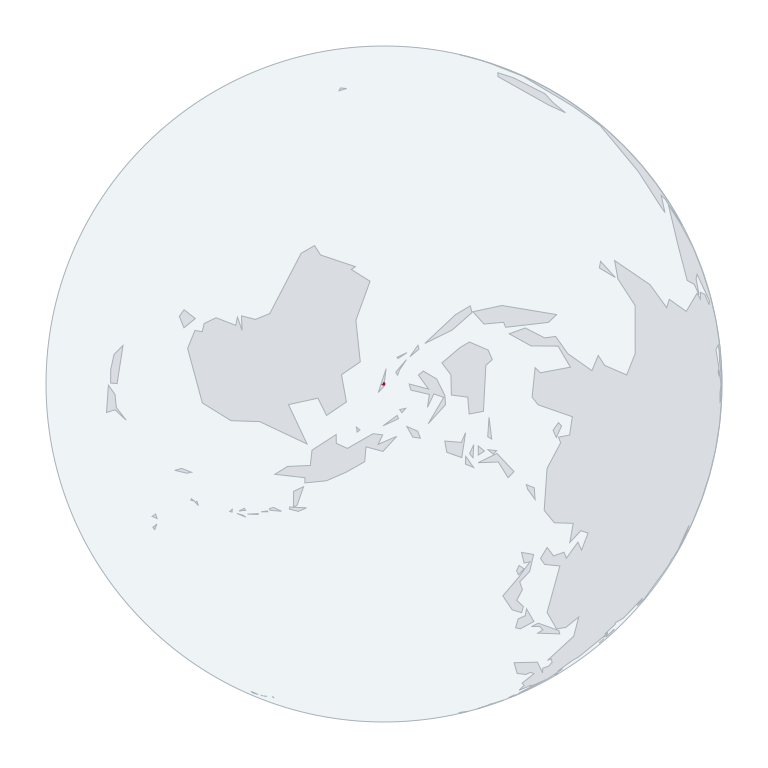 globe centered on Aileu, rotated 134°
{"feature_id": "TLS-544", "entity_name": "Aileu", "entity_type": "District", "adm_level": 1, "iso_a3": "TLS", "parent_name": "East Timor", "parent_adm1": "", "projection": "orthographic", "projection_center": [125.606, -8.71], "detail": "fine", "context": "on_globe", "style": "filled", "palette": "rose", "viewbox_px": 768, "rotation_deg": 134, "n_neighbors": 0, "source": "natural_earth", "source_scale": "10m", "svg_char_len": 7071}
<svg xmlns="http://www.w3.org/2000/svg" viewBox="0 0 768 768"><g transform="rotate(134 384 384)"><circle cx="384" cy="384" r="338" fill="#eef3f6" stroke="#a8b0b8"/><path d="M648.0,447.8L647.7,450.4L647.4,450.6L648.0,447.8ZM565.4,98.9L567.3,100.2L568.4,102.0L560.9,96.1L565.4,98.9ZM553.1,91.5L551.5,90.6L544.6,86.8L539.4,84.3L531.4,80.1L528.4,78.5L553.1,91.5ZM521.2,75.2L520.5,74.9L511.5,71.2L513.3,71.8L521.2,75.2ZM697.5,266.2L694.7,258.8L697.3,263.7L697.5,266.2ZM692.3,254.1L693.4,256.6L692.4,254.5L692.3,254.1ZM691.1,252.5L692.0,253.7L691.3,253.1L691.1,252.5ZM689.8,251.3L690.4,251.6L690.5,251.9L689.8,251.3ZM686.8,247.2L685.9,245.9L686.2,245.5L686.8,247.2ZM540.0,84.7L542.0,85.9L538.5,84.2L540.0,84.7ZM523.0,76.6L516.6,74.0L522.4,76.1L523.0,76.6ZM512.4,72.2L497.1,66.9L500.2,68.7L482.6,61.5L501.5,67.8L508.2,69.9L507.9,70.2L512.4,72.2ZM475.4,58.9L471.1,57.7L474.8,58.7L475.4,58.9ZM269.6,66.0L270.0,65.9L274.4,64.4L278.5,63.0L278.1,63.7L281.3,62.7L282.7,61.9L289.9,59.5L302.6,56.1L301.8,56.5L297.1,57.8L286.1,61.8L273.8,66.1L274.7,66.1L285.2,62.5L298.7,57.4L306.5,55.3L301.3,57.1L303.8,56.3L307.5,55.4L310.3,55.3L316.6,53.3L357.9,47.5L367.6,47.9L358.3,49.2L386.3,49.2L395.0,51.8L396.2,50.8L410.4,51.5L407.9,50.6L409.6,50.2L445.0,54.4L452.6,56.6L469.2,59.4L469.9,59.2L465.1,57.6L482.6,61.5L500.2,68.7L497.9,68.7L510.5,74.1L503.4,73.8L503.3,76.8L488.3,74.9L489.6,78.3L494.4,80.2L499.7,87.2L494.1,96.8L477.5,80.4L481.7,69.2L478.2,72.4L472.7,69.6L467.5,69.7L465.5,72.8L469.2,74.4L433.6,72.3L416.3,82.1L432.8,84.1L440.3,89.8L435.0,108.0L392.7,131.1L402.2,143.1L400.8,150.2L388.3,153.1L389.9,142.6L379.9,137.6L382.7,131.8L363.1,134.6L366.3,126.5L349.5,133.6L352.7,140.5L368.8,140.3L352.8,151.1L365.5,165.1L363.6,181.0L331.4,208.1L303.5,216.1L301.1,221.6L291.8,215.0L276.7,225.8L291.9,258.7L290.5,268.4L267.3,286.6L267.3,279.3L242.4,261.6L235.8,285.1L254.5,304.8L260.9,328.8L245.6,321.3L239.3,300.5L230.6,293.6L234.5,273.0L230.0,243.7L214.7,249.7L217.3,238.1L208.9,215.7L187.7,224.4L153.1,257.9L145.9,288.8L135.0,303.8L127.8,261.7L132.7,233.7L124.9,237.6L121.8,217.0L101.4,221.8L103.1,215.4L98.2,220.1L96.7,215.5L101.1,205.2L98.1,207.6L87.6,235.0L91.4,232.7L101.0,219.3L96.8,230.0L98.9,237.8L80.1,268.6L57.4,304.1L62.9,281.6L71.2,256.1L81.9,232.7L94.2,210.1L108.3,188.6L123.9,168.2L141.1,149.1L159.7,131.3L179.5,115.0L200.6,100.2L222.7,87.1L245.7,75.7L269.6,66.0ZM62.4,280.2L56.9,305.6L55.7,309.9L55.8,315.6L65.5,301.0L63.9,308.9L54.5,348.7L47.9,408.0L53.2,442.1L60.3,472.8L66.1,497.7L75.6,520.6L80.0,531.4L86.9,544.8L94.9,559.0L83.2,537.9L73.0,516.1L64.3,493.5L57.3,470.5L52.0,447.0L48.4,423.1L46.4,399.1L46.2,375.0L47.7,350.9L50.9,327.0L55.8,303.4L62.4,280.2ZM123.7,170.7L128.5,169.2L140.1,153.9L142.9,152.4L145.8,148.2L140.9,152.9L150.0,141.5L157.1,136.0L163.5,129.8L162.2,130.1L147.9,142.4L134.7,158.2L127.7,165.5L123.7,170.7ZM197.4,616.1L204.3,620.0L201.3,621.0L197.4,616.1ZM68.9,459.1L83.7,515.6L81.0,518.3L73.6,503.1L63.4,469.7L64.2,457.8L62.8,441.9L68.9,459.1ZM345.5,389.3L356.0,391.6L355.7,393.2L345.5,389.3ZM334.5,383.1L346.3,384.3L332.6,386.5L334.5,383.1ZM350.9,384.8L363.0,382.6L368.2,380.4L367.4,383.7L350.9,384.8ZM326.5,382.8L284.3,380.7L267.9,376.2L271.5,370.3L298.0,372.5L326.5,382.8ZM270.2,370.2L245.6,353.7L214.2,308.1L225.4,308.5L258.7,335.9L256.5,340.8L271.4,353.7L270.2,370.2ZM330.9,342.2L328.6,357.0L305.0,354.6L294.5,351.8L287.2,332.6L291.2,323.1L299.8,323.7L334.6,293.5L346.4,301.9L335.3,314.6L345.1,327.9L330.9,342.2ZM146.7,291.6L150.9,309.7L145.3,313.4L146.7,291.6ZM349.8,272.8L335.0,285.3L348.8,268.3L349.8,272.8ZM358.6,256.8L359.0,263.5L353.7,256.7L358.6,256.8ZM299.7,230.3L290.6,231.6L290.9,227.1L302.8,222.9L299.7,230.3ZM362.1,195.1L359.9,207.6L357.5,211.7L354.3,203.8L362.1,195.1ZM352.8,47.8L359.1,47.1L361.1,47.0L360.0,47.2L352.8,47.8ZM358.4,47.1L353.2,47.6L352.4,47.6L358.4,47.1ZM569.1,576.3L573.2,581.3L563.6,590.5L550.3,598.7L537.6,598.5L569.1,576.3ZM469.5,579.4L468.0,565.2L482.5,566.9L477.5,578.2L469.5,579.4ZM578.4,570.2L586.9,560.2L589.1,544.4L589.4,559.6L597.3,563.8L576.3,581.4L578.4,570.2ZM412.7,515.1L347.5,534.4L332.7,530.1L335.3,519.3L319.5,486.1L324.3,487.0L319.8,465.4L357.7,448.5L384.5,416.5L406.9,421.0L423.0,398.6L446.5,403.5L440.1,421.7L465.2,438.4L480.6,397.7L497.4,447.3L516.6,468.5L523.8,501.5L494.8,550.0L476.8,557.2L472.7,551.1L465.4,555.4L453.0,550.8L444.8,531.4L437.7,535.8L444.0,523.4L434.0,533.8L426.9,521.4L412.7,515.1ZM581.2,461.2L585.0,463.7L591.4,474.5L585.3,470.9L581.2,461.2ZM638.4,453.8L640.3,458.8L636.2,458.0L638.4,453.8ZM647.4,450.6L642.5,450.1L648.0,447.8L647.4,450.6ZM599.8,438.7L601.8,442.3L600.3,442.9L599.8,438.7ZM598.3,437.1L600.4,433.0L600.2,437.8L598.3,437.1ZM579.5,406.1L581.7,404.3L582.8,406.5L579.5,406.1ZM371.5,393.1L386.0,382.4L394.1,382.2L371.5,393.1ZM576.1,400.1L570.5,398.1L571.0,395.8L576.1,400.1ZM576.4,394.5L575.7,390.8L579.4,399.9L576.4,394.5ZM565.3,383.9L572.4,391.8L564.6,384.4L565.3,383.9ZM561.3,383.6L556.3,379.7L556.6,378.8L561.3,383.6ZM506.3,375.8L524.8,399.8L510.3,396.1L493.8,380.4L481.6,389.8L453.6,383.3L459.8,377.1L455.8,365.6L427.3,357.3L421.5,349.6L431.5,346.3L412.9,338.5L433.2,337.9L441.7,353.3L453.3,343.9L473.6,349.9L493.6,358.2L510.1,372.2L506.3,375.8ZM433.7,369.4L437.2,369.9L434.2,373.9L433.7,369.4ZM546.7,369.3L554.0,378.2L553.2,379.8L549.6,377.8L546.7,369.3ZM513.8,370.5L531.4,362.4L535.6,363.5L524.0,374.5L513.8,370.5ZM526.9,353.7L535.2,357.2L539.7,365.0L538.0,366.4L526.9,353.7ZM392.2,351.2L391.5,355.0L386.3,351.4L392.2,351.2ZM398.9,349.5L414.7,355.6L397.5,352.7L398.9,349.5ZM352.1,331.7L356.5,341.2L370.6,336.5L359.9,344.1L369.7,360.3L366.5,365.9L356.7,348.4L353.7,365.4L347.4,364.7L343.8,349.6L350.0,332.2L356.2,325.4L381.8,324.6L352.1,331.7ZM398.7,338.1L394.6,327.0L397.7,320.2L402.2,326.3L398.7,338.1ZM382.8,300.6L372.3,287.8L362.4,291.5L382.9,276.9L389.5,291.4L382.8,300.6ZM374.6,274.1L365.3,277.3L375.2,268.8L374.6,274.1ZM363.1,273.2L362.5,265.2L369.6,266.8L363.1,273.2ZM379.3,274.9L381.8,261.5L385.0,269.8L379.3,274.9ZM360.7,247.6L375.2,261.6L355.5,254.5L356.7,229.6L365.2,229.7L360.7,247.6ZM420.7,160.8L419.7,154.9L427.9,154.7L426.3,158.8L420.7,160.8ZM453.9,151.3L429.8,152.8L410.3,155.5L415.5,158.8L409.6,168.1L402.7,158.0L417.6,149.0L432.1,148.9L435.8,141.6L447.4,138.3L447.3,129.1L452.9,126.2L457.4,134.9L453.9,151.3ZM446.7,125.3L450.7,111.2L465.5,115.9L467.9,120.0L459.8,124.3L452.5,121.4L446.7,125.3ZM456.0,109.4L448.9,106.9L439.9,86.8L441.7,84.0L456.4,100.3L450.5,98.9L450.1,103.5L456.0,109.4ZM471.6,58.0L471.1,57.8L474.2,58.7L471.6,58.0ZM407.8,49.8L410.6,49.5L414.2,50.2L407.8,49.8ZM420.3,49.5L414.3,48.8L420.9,49.3L420.3,49.5ZM400.9,47.8L412.1,48.5L400.9,48.2L400.9,47.8Z" fill="#d9dde1" stroke="#a8b0b8" stroke-width="1"/><path d="M384.5,383.1L384.8,383.2L384.9,383.3L384.9,383.2L384.9,383.5L385.0,383.6L385.0,383.8L385.1,384.0L385.2,384.3L385.0,384.2L384.9,384.3L384.6,384.5L384.5,384.4L384.4,384.3L384.2,384.4L384.1,384.5L383.9,384.6L383.6,384.8L383.3,384.9L383.2,384.7L383.1,384.4L383.1,384.2L383.4,383.9L383.4,383.6L383.5,383.5L383.9,383.4L384.1,383.4L384.3,383.3L384.5,383.1Z" fill="#f43f5e" stroke="#9f1239" stroke-width="1.5"/></g></svg>